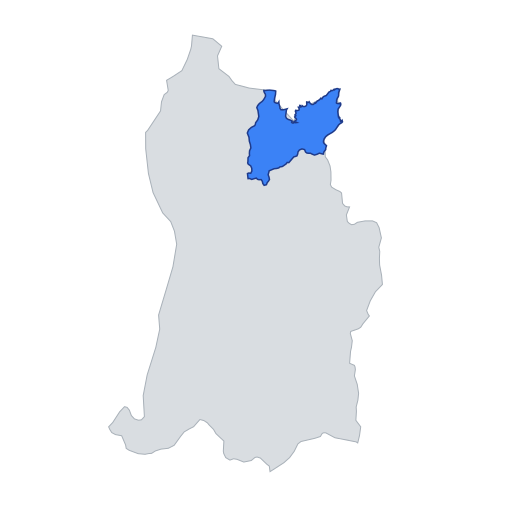 Bulgaria, with Burgas highlighted, rotated 276°
{"feature_id": "BGR-2254", "entity_name": "Burgas", "entity_type": "Province", "adm_level": 1, "iso_a3": "BGR", "parent_name": "Bulgaria", "parent_adm1": "", "projection": "natural_earth1", "projection_center": [27.462, 42.445], "detail": "fine", "context": "in_parent", "style": "filled", "palette": "blue", "viewbox_px": 512, "rotation_deg": 276, "n_neighbors": 0, "source": "natural_earth", "source_scale": "10m", "svg_char_len": 5495}
<svg xmlns="http://www.w3.org/2000/svg" viewBox="0 0 512 512"><g transform="rotate(276 256 256)"><path d="M430.6,322.2L421.3,320.7L418.1,321.1L416.0,323.3L411.7,322.8L406.4,322.8L400.8,325.3L397.7,326.3L393.6,324.1L386.0,317.4L381.3,312.7L377.9,311.5L374.4,312.9L361.9,314.5L359.0,317.2L353.3,320.2L347.5,321.7L339.2,322.7L334.8,322.5L332.4,324.0L330.3,328.4L328.9,332.7L327.6,334.5L317.3,336.6L315.0,339.1L314.4,341.5L314.6,343.9L306.3,341.6L299.9,343.2L298.4,345.0L297.1,347.7L297.8,350.5L300.1,353.3L302.3,360.8L303.1,368.2L301.7,372.5L297.0,375.5L287.1,378.8L277.6,377.2L273.4,378.6L266.4,379.0L259.9,379.9L249.9,382.9L240.9,384.7L232.9,378.5L223.3,374.3L213.3,371.7L209.8,373.6L208.2,375.0L199.9,369.5L196.1,367.6L194.3,365.4L190.9,358.1L188.8,357.9L181.8,360.6L175.2,360.5L171.1,360.0L159.1,360.3L157.5,365.3L156.0,366.1L153.4,366.7L147.0,366.4L138.9,370.1L130.1,372.4L123.3,372.4L116.3,371.4L112.1,372.1L103.0,372.5L97.1,378.0L88.2,377.7L80.7,376.7L81.6,375.0L83.5,353.5L87.4,343.9L87.3,341.9L86.5,340.4L83.2,338.9L80.9,333.7L76.2,320.1L73.5,317.3L65.7,314.4L59.0,310.5L53.3,305.3L43.0,292.5L48.4,291.2L50.0,288.6L55.5,281.5L56.2,278.1L55.6,276.1L52.1,272.7L49.8,265.4L51.8,258.4L52.0,254.9L50.3,251.4L52.3,247.0L56.1,244.6L58.5,243.9L68.6,243.4L75.2,234.7L79.1,231.9L83.2,226.9L85.0,225.1L86.9,221.3L87.5,217.3L79.7,211.8L77.0,207.6L73.6,203.0L68.8,199.9L59.2,194.4L55.6,188.9L54.0,181.7L51.6,176.3L48.8,172.8L48.3,169.9L47.2,166.4L47.1,159.5L49.5,150.2L51.1,147.0L54.4,146.1L63.2,141.2L63.7,134.9L65.3,131.0L68.1,128.8L70.7,127.3L75.4,130.9L86.8,136.7L92.4,141.0L92.0,143.6L89.4,146.2L84.3,148.7L81.3,152.1L80.4,156.3L81.1,159.2L84.6,161.8L105.4,158.4L126.4,160.2L154.5,165.9L173.2,167.9L187.1,165.3L212.6,170.1L236.5,174.5L259.4,175.9L272.2,172.3L281.3,167.6L289.1,158.7L308.3,147.0L326.8,140.4L351.1,135.1L367.4,133.3L369.6,135.1L390.3,145.9L399.5,145.9L406.9,147.8L409.6,150.7L411.5,151.4L421.4,148.7L425.8,154.6L432.6,162.9L444.3,167.1L454.7,169.5L458.0,169.9L469.0,169.7L467.5,190.4L461.0,200.0L451.0,196.8L438.4,199.5L431.7,210.4L427.9,213.7L424.5,217.5L422.3,231.7L421.9,255.0L417.1,257.8L412.6,258.7L394.3,279.2L404.9,285.0L409.6,289.4L417.3,301.6L428.4,315.4L430.6,322.2Z" fill="#d9dde1" stroke="#a8b0b8" stroke-width="1"/><path d="M398.5,328.0L397.6,327.4L396.0,325.3L395.0,324.4L389.9,321.8L388.3,320.4L386.8,318.8L383.9,314.6L382.0,312.8L379.8,311.6L377.4,311.1L376.0,311.3L375.1,311.9L373.6,313.8L373.4,314.2L373.3,314.5L373.0,314.6L371.4,314.2L369.8,314.1L369.1,314.2L368.0,313.4L366.9,312.8L365.6,312.4L364.4,312.4L364.4,311.5L364.9,308.3L363.5,306.0L362.5,303.6L363.2,301.1L363.9,299.4L363.7,297.9L363.7,295.9L364.6,294.4L366.9,293.2L367.3,290.5L366.0,288.1L363.9,286.9L361.8,286.8L359.8,286.2L359.1,284.7L358.5,283.2L352.3,278.9L352.3,277.2L350.8,276.4L348.1,273.3L347.6,272.5L347.4,271.4L346.9,270.2L346.0,269.5L345.2,267.3L344.7,264.9L342.1,260.2L338.1,259.6L335.8,260.7L333.5,261.4L331.8,260.6L330.2,259.5L328.0,258.9L327.1,256.7L328.8,255.2L330.9,254.5L332.5,253.2L332.2,251.0L332.4,249.5L333.5,248.2L332.7,246.0L331.7,243.7L332.4,241.7L332.1,240.0L337.1,238.9L337.8,240.2L337.7,242.1L340.1,243.0L342.8,242.6L345.1,241.3L346.5,238.7L347.7,238.0L349.1,238.1L352.9,237.8L355.1,239.1L357.3,238.7L360.0,238.6L362.9,239.6L366.2,238.8L369.4,237.4L373.3,236.6L377.4,234.5L380.7,235.5L383.4,237.9L385.5,241.1L386.9,241.6L388.5,241.7L391.6,243.5L395.0,244.2L401.0,242.7L403.6,241.3L405.4,241.8L407.2,242.8L408.8,244.2L410.3,245.9L412.0,247.1L413.9,248.0L415.9,248.8L417.9,248.4L419.4,247.2L421.0,246.5L421.5,246.5L421.5,247.9L422.0,249.8L422.4,252.0L422.4,256.1L422.3,257.8L422.1,258.4L418.6,258.5L414.9,258.0L411.9,257.9L411.2,258.0L410.7,258.5L410.3,259.7L410.1,260.7L410.1,261.4L410.6,262.1L411.7,262.6L409.9,262.9L406.9,264.1L405.4,264.4L404.1,265.4L404.2,267.6L405.0,270.0L405.6,271.5L404.5,271.0L398.1,270.8L396.1,271.9L395.2,273.7L394.8,275.8L394.0,277.9L392.8,277.4L392.1,278.2L392.2,279.5L393.0,280.3L392.8,280.9L392.7,281.3L393.0,282.6L393.2,282.0L393.3,281.9L393.0,281.5L393.5,279.7L395.6,281.9L396.3,282.0L397.1,281.3L397.7,280.3L398.4,279.9L399.6,280.9L400.2,280.0L400.8,280.1L401.3,280.6L401.9,280.9L402.8,280.7L403.5,280.3L404.2,280.0L405.1,280.3L405.1,280.7L405.0,280.8L404.9,280.8L404.7,280.9L405.1,282.4L405.7,283.5L406.8,283.7L408.4,282.6L408.6,283.4L408.9,283.9L409.5,284.0L410.3,283.8L410.3,284.4L409.9,284.6L408.9,285.0L409.4,285.9L409.7,286.1L410.3,286.2L409.7,287.1L409.6,288.2L410.0,289.4L410.8,290.3L411.8,290.7L412.6,290.6L413.4,290.4L414.5,290.3L414.5,290.9L414.1,291.3L414.1,291.8L414.4,292.3L415.0,292.7L413.3,294.1L412.5,295.7L412.8,297.3L414.5,298.6L414.2,298.8L414.1,299.2L416.5,300.7L416.9,301.3L417.2,301.9L418.0,302.7L418.9,303.5L419.7,303.9L419.6,304.2L419.4,304.9L419.2,305.1L421.3,306.2L421.8,306.8L423.0,309.2L426.7,311.4L427.1,312.2L427.7,313.0L428.6,313.3L428.4,314.3L428.7,315.1L429.4,315.7L430.0,316.2L430.1,316.7L430.0,316.8L429.8,316.8L429.6,316.9L430.4,317.7L430.9,318.8L431.0,320.0L430.5,321.0L430.7,321.9L428.3,321.4L427.2,321.1L423.9,321.4L423.0,321.1L421.2,320.3L419.5,319.9L418.8,319.9L417.5,320.1L417.2,320.0L417.0,319.9L416.7,320.0L416.4,320.1L416.2,320.9L416.2,322.1L416.1,323.0L417.1,323.6L416.9,324.1L416.1,324.4L415.2,324.5L414.3,324.2L410.7,322.3L408.2,322.2L402.8,323.5L402.7,324.4L402.4,324.8L402.1,324.8L401.6,324.4L401.0,325.1L400.3,325.6L398.8,326.0L399.1,326.4L399.3,326.5L399.5,326.6L399.3,326.8L398.9,327.0L398.7,327.2L399.6,327.6L398.5,328.0Z" fill="#3b82f6" stroke="#1e3a8a" stroke-width="1.5"/></g></svg>